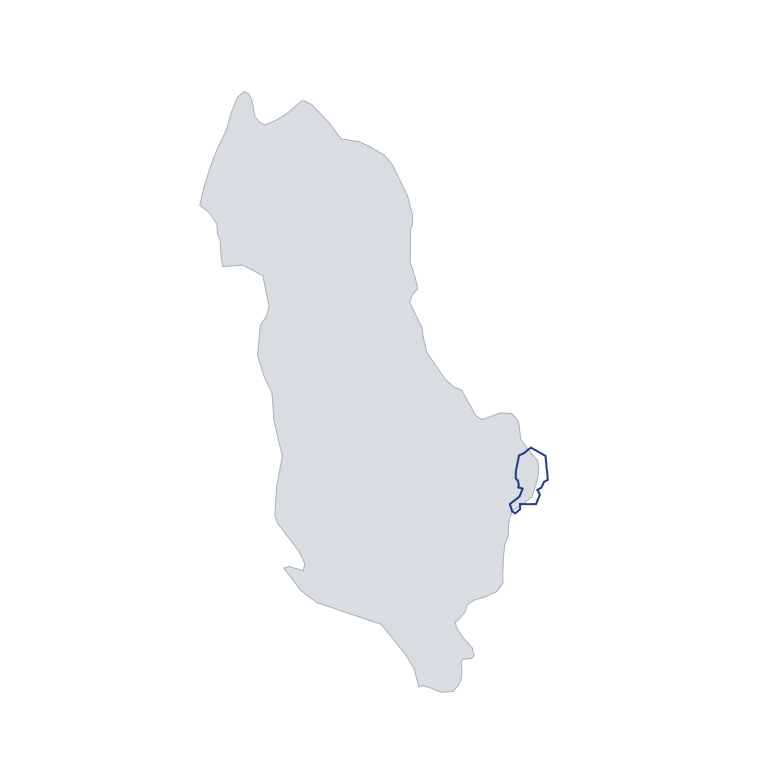 Devoll, Korçë, Albania (highlighted), rotated 348°
{"feature_id": "67620474B41402008781007", "entity_name": "Devoll", "entity_type": "district", "adm_level": 2, "iso_a3": "ALB", "parent_name": "Albania", "parent_adm1": "Korçë", "projection": "mercator", "projection_center": [20.941, 40.579], "detail": "fine", "context": "in_parent", "style": "outline", "palette": "blue", "viewbox_px": 768, "rotation_deg": 348, "n_neighbors": 0, "source": "geoboundaries", "source_scale": "gbopen_adm2", "svg_char_len": 1910}
<svg xmlns="http://www.w3.org/2000/svg" viewBox="0 0 768 768"><g transform="rotate(348 384 384)"><path d="M250.7,235.6L251.2,225.0L253.7,208.2L252.3,202.6L253.8,193.0L248.9,180.2L241.0,170.9L248.6,154.5L259.8,134.7L270.2,118.9L282.8,102.5L291.1,86.7L300.2,73.1L307.9,68.9L311.8,71.8L313.8,77.8L313.4,95.4L316.0,101.4L321.4,105.9L332.7,103.7L345.3,99.3L362.2,90.0L365.0,90.6L371.3,95.5L384.3,116.7L393.0,135.3L410.1,141.8L419.6,149.0L431.8,160.1L437.7,171.2L446.1,205.0L447.0,225.3L444.6,234.7L442.5,237.1L434.9,270.2L436.7,287.0L436.7,298.1L430.3,302.5L426.0,309.4L432.9,336.9L432.1,348.5L432.4,361.9L444.9,392.4L452.2,401.8L458.8,406.3L467.3,434.3L472.3,439.1L492.8,436.5L502.8,439.6L506.8,446.2L507.7,450.7L506.3,466.4L511.4,478.4L518.2,490.7L518.2,498.3L513.6,510.6L505.4,525.0L494.6,530.5L482.6,535.2L476.9,546.3L474.0,558.2L468.6,566.9L465.3,576.6L460.2,596.2L459.1,603.3L450.9,610.5L438.4,613.4L427.2,614.0L419.5,617.4L415.7,624.0L408.5,629.4L404.2,631.8L404.2,637.8L409.4,650.2L415.4,660.3L415.5,668.4L412.6,670.6L403.4,669.6L401.5,672.6L400.5,681.6L398.0,689.3L394.2,694.0L387.7,699.1L375.7,697.4L364.4,689.7L358.5,687.3L355.1,687.6L354.2,668.7L349.3,654.0L331.4,618.6L273.3,584.1L259.6,568.6L253.6,555.5L247.6,543.2L253.3,542.8L259.0,546.0L266.3,549.7L269.2,543.5L266.1,530.0L251.1,498.4L250.0,489.7L257.3,463.1L269.6,433.3L268.7,397.0L272.6,369.6L268.3,351.7L266.3,329.8L275.3,300.7L283.0,293.4L287.7,284.2L288.0,253.0L270.7,238.4L250.7,235.6Z" fill="#d9dde1" stroke="#a8b0b8" stroke-width="1"/><path d="M482.1,527.7L482.9,535.3L485.5,537.8L491.1,534.8L492.1,529.7L500.3,531.6L507.7,533.1L513.5,524.5L512.0,519.5L516.5,518.0L520.3,512.9L524.2,511.9L525.3,504.4L525.5,499.7L526.1,496.5L527.0,487.9L514.5,476.8L510.7,478.5L506.4,480.8L501.3,481.9L494.9,496.5L493.2,503.7L494.9,506.4L494.9,510.6L493.8,513.1L497.9,515.1L493.2,522.2L482.1,527.7Z" fill="none" stroke="#1e3a8a" stroke-width="2"/></g></svg>